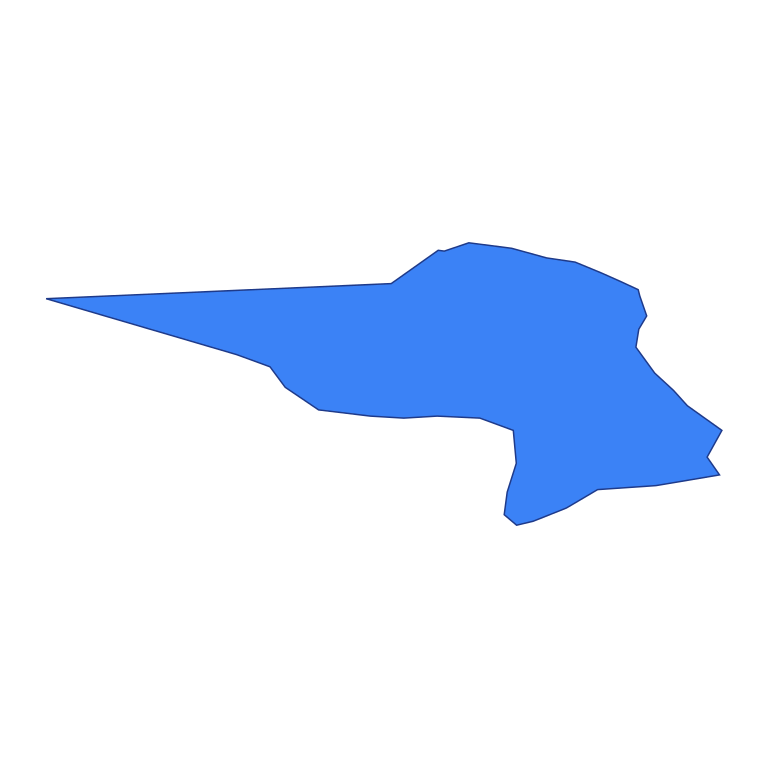 the district of Gullspång, Västra Götaland, Sweden
{"feature_id": "70781695B77814656475649", "entity_name": "Gullspång", "entity_type": "district", "adm_level": 2, "iso_a3": "SWE", "parent_name": "Sweden", "parent_adm1": "Västra Götaland", "projection": "robinson", "projection_center": [14.167, 58.943], "detail": "fine", "context": "isolated", "style": "filled", "palette": "blue", "viewbox_px": 768, "rotation_deg": 0, "n_neighbors": 0, "source": "geoboundaries", "source_scale": "gbopen_adm2", "svg_char_len": 610}
<svg xmlns="http://www.w3.org/2000/svg" viewBox="0 0 768 768"><path d="M46.1,298.7L236.6,354.6L270.0,366.8L285.2,387.3L318.6,409.9L370.3,416.1L403.8,418.1L437.2,416.1L479.8,418.1L513.3,430.4L516.3,463.3L507.2,492.1L504.2,514.7L516.6,525.2L533.3,521.2L566.4,508.0L597.6,489.6L656.0,485.6L719.5,474.9L707.1,457.1L721.9,430.4L687.3,405.7L673.5,390.4L654.7,373.1L635.9,347.2L638.8,329.2L645.9,317.3L646.7,315.9L639.8,296.0L638.2,289.7L621.9,282.1L601.7,273.1L575.1,262.1L546.5,257.9L511.7,248.3L468.8,242.8L444.3,251.1L438.2,250.3L391.2,283.6L46.1,298.7Z" fill="#3b82f6" stroke="#1e3a8a" stroke-width="1.5"/></svg>